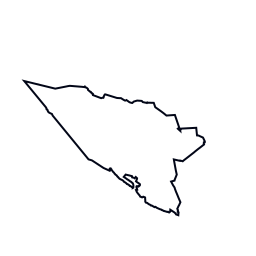 Kubulu pag., Balvu, Latvia (Robinson projection), rotated 53°
{"feature_id": "27541924B35853557519757", "entity_name": "Kubulu pag.", "entity_type": "district", "adm_level": 2, "iso_a3": "LVA", "parent_name": "Latvia", "parent_adm1": "Balvu", "projection": "robinson", "projection_center": [27.241, 57.178], "detail": "fine", "context": "isolated", "style": "outline", "palette": "ink", "viewbox_px": 256, "rotation_deg": 53, "n_neighbors": 0, "source": "geoboundaries", "source_scale": "gbopen_adm2", "svg_char_len": 5180}
<svg xmlns="http://www.w3.org/2000/svg" viewBox="0 0 256 256"><g transform="rotate(53 128 128)"><path d="M28.1,182.6L62.5,181.1L62.8,181.3L63.5,181.4L63.5,181.5L64.1,181.8L64.5,181.7L65.2,181.4L66.4,181.9L67.0,181.8L67.5,182.0L67.8,181.9L68.8,181.5L71.1,180.3L72.7,180.7L129.3,178.4L132.0,176.4L132.4,176.2L145.2,171.6L151.2,168.3L150.8,167.2L149.5,167.0L149.5,166.5L149.6,166.4L149.9,166.1L150.4,166.2L151.0,166.1L151.5,166.3L152.0,166.3L153.2,166.3L154.3,166.3L154.6,166.2L155.0,166.1L155.6,166.1L156.4,166.2L157.1,166.0L157.5,166.1L158.7,165.7L159.0,165.6L159.3,165.6L159.5,165.7L160.0,165.6L160.3,165.7L161.0,165.6L161.3,165.4L162.0,165.5L162.5,165.4L163.4,165.3L164.5,164.8L165.8,164.1L166.5,163.8L167.2,163.6L167.5,163.5L168.5,163.6L169.3,163.2L169.5,163.1L170.8,162.7L171.2,162.6L171.4,162.6L171.5,162.6L172.0,162.6L172.2,162.4L172.3,162.4L172.5,162.2L172.8,162.0L173.1,162.0L173.3,161.9L173.7,161.7L173.9,161.6L174.0,161.6L174.5,161.5L174.8,161.5L175.0,161.5L175.0,161.4L175.4,161.2L175.5,161.1L176.0,161.0L176.1,160.9L177.0,160.6L177.5,160.5L177.7,160.4L178.5,160.3L178.8,160.2L178.8,159.9L178.6,159.9L178.6,160.0L178.5,159.9L178.5,159.5L178.5,159.4L178.0,158.9L177.2,158.3L176.6,158.0L175.7,157.6L175.4,157.5L175.2,157.5L174.6,157.5L174.3,157.6L174.2,157.7L173.9,157.7L173.4,157.8L173.1,157.9L172.9,157.9L172.7,158.0L172.3,158.1L172.1,158.3L171.7,158.4L171.3,158.5L171.1,158.6L170.6,158.7L169.8,159.0L169.7,159.0L169.2,159.2L168.6,159.5L167.4,159.8L164.5,160.8L163.9,158.3L163.8,157.9L166.2,155.9L166.9,155.3L167.5,154.9L167.7,154.7L168.7,153.9L168.9,153.8L169.9,154.4L171.5,153.1L172.2,152.9L171.8,151.3L173.6,151.0L174.4,151.9L174.9,152.8L175.4,153.7L177.3,153.2L177.9,152.9L179.8,152.3L180.2,152.5L180.4,152.5L180.5,152.6L180.4,152.7L180.4,152.8L180.7,153.2L180.7,153.4L180.9,153.5L180.8,153.9L181.0,154.0L181.1,154.3L181.1,154.5L181.0,154.8L180.4,155.1L180.2,155.5L179.8,155.9L179.8,156.0L180.0,156.0L179.9,156.1L180.0,156.2L180.1,156.3L180.1,156.5L180.2,156.8L182.9,157.8L182.8,158.1L182.2,158.5L182.2,158.9L182.4,158.9L182.5,158.9L182.8,159.0L183.1,159.1L183.6,159.2L183.9,159.4L186.1,159.5L187.3,159.4L188.3,159.4L188.8,159.3L189.9,159.5L190.4,159.5L190.9,159.0L191.2,158.8L191.6,158.7L191.9,158.5L191.9,158.4L191.9,158.2L192.0,158.0L192.1,157.7L192.0,157.3L192.1,157.1L193.0,156.6L193.5,156.2L193.9,156.2L194.3,156.5L195.6,157.4L195.9,157.5L196.0,157.6L196.4,157.9L196.5,158.0L197.0,158.4L197.2,158.5L197.6,158.6L198.6,158.5L199.0,158.0L199.2,157.9L199.5,157.7L200.2,157.6L200.6,157.4L200.9,157.3L201.2,157.3L201.5,157.2L202.1,156.8L202.5,156.6L203.2,156.4L203.6,156.4L204.0,155.8L204.1,155.7L204.9,155.5L205.1,155.3L205.7,155.1L206.0,154.9L206.4,154.7L206.7,154.7L207.1,154.5L207.1,154.3L207.2,154.2L207.4,153.6L207.5,153.5L207.7,153.4L208.3,153.3L208.6,153.2L208.9,153.1L209.5,152.8L210.2,152.4L210.8,152.1L211.6,151.6L212.2,151.3L213.1,150.6L213.4,150.4L213.9,150.4L214.4,149.9L215.0,149.7L215.5,149.5L215.5,149.4L216.0,149.1L216.2,148.9L216.4,148.8L216.6,148.7L217.3,148.1L217.8,147.8L218.0,147.7L218.4,147.2L218.7,147.1L218.8,147.0L219.1,146.4L219.3,146.4L219.8,146.3L219.9,146.2L220.0,146.0L220.1,145.9L220.3,145.8L220.3,145.5L220.2,145.2L220.1,144.5L220.0,144.3L220.0,144.2L219.8,144.1L219.1,143.8L218.7,143.4L223.5,141.7L224.0,141.6L224.6,141.6L225.1,141.5L226.0,141.6L227.4,140.6L227.9,140.3L226.9,139.4L226.9,139.5L226.0,138.7L225.1,138.3L224.4,138.0L224.2,137.9L224.2,138.0L224.1,137.9L223.2,137.6L222.8,137.4L222.1,137.2L221.8,136.5L220.8,134.7L220.3,133.5L219.4,131.9L218.8,130.8L214.7,129.8L211.7,129.0L208.6,128.2L208.1,128.1L204.7,127.1L203.8,126.7L203.2,126.6L201.0,126.5L196.7,125.8L198.0,122.5L197.5,122.0L194.6,117.2L194.4,117.0L193.9,116.8L190.6,115.3L188.0,114.0L185.6,112.8L183.4,111.7L182.8,111.4L180.7,110.3L185.1,106.6L184.9,106.5L185.2,106.1L186.7,104.9L187.3,104.4L187.5,104.3L187.4,103.1L187.3,95.8L187.3,95.6L187.2,89.8L187.1,88.6L187.0,84.8L187.0,82.7L187.0,82.2L186.9,77.2L186.2,77.0L185.2,76.1L185.7,75.5L185.7,75.4L184.9,74.7L181.0,73.9L180.7,73.9L178.0,75.4L176.8,76.0L175.6,76.9L175.5,77.1L175.5,77.3L175.4,77.3L174.2,76.6L168.9,73.4L160.9,85.3L160.2,86.4L160.9,86.8L160.9,87.5L161.8,88.0L158.6,88.6L158.6,88.4L158.5,88.2L158.6,86.9L145.8,82.7L141.2,89.8L137.5,90.7L134.4,91.6L127.8,93.7L123.4,92.3L119.6,97.1L119.4,97.1L119.2,97.2L119.2,97.4L119.4,97.4L119.4,97.6L119.1,97.6L119.1,97.9L119.2,98.0L116.2,100.6L114.8,100.7L114.6,100.8L114.2,101.2L111.6,104.2L110.4,107.4L110.5,108.9L110.6,109.3L110.6,109.5L110.1,110.0L109.6,110.4L108.5,111.2L108.0,111.4L105.1,112.3L104.8,112.4L104.8,112.5L104.5,113.6L104.1,114.0L103.2,114.4L101.7,115.0L100.0,115.6L99.9,115.7L98.3,117.7L97.3,118.8L87.6,125.8L87.3,126.2L87.3,126.3L87.5,127.0L88.2,128.3L88.6,128.9L89.0,129.2L89.0,129.3L88.8,129.3L88.6,129.8L88.2,131.1L88.0,131.5L80.6,136.2L80.4,136.1L79.8,135.5L79.7,135.5L79.5,135.9L79.4,135.9L79.1,135.7L78.8,135.7L78.6,135.9L78.1,135.9L77.8,136.0L77.7,136.1L77.3,136.0L77.2,136.1L76.7,136.0L76.3,136.2L76.3,136.4L73.5,137.0L72.6,136.5L71.5,136.7L71.1,136.8L70.7,136.9L70.0,137.5L69.0,137.5L69.1,137.9L69.1,138.2L67.3,140.1L59.3,149.1L58.3,151.0L57.6,152.5L52.8,162.4L28.1,182.6Z" fill="none" stroke="#020617" stroke-width="2"/></g></svg>